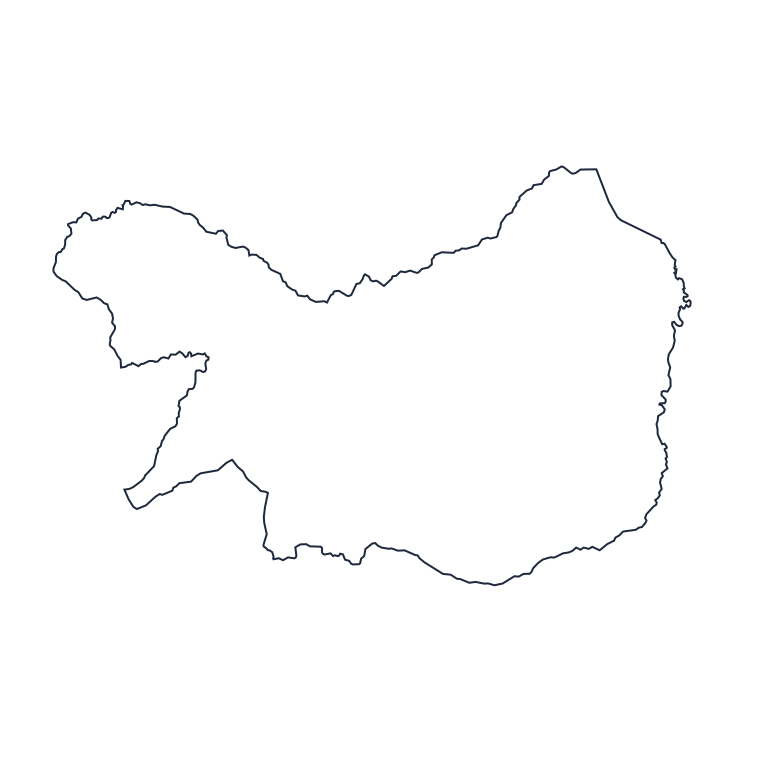 outline of Pangua, Cotopaxi, Ecuador, rotated 173°
{"feature_id": "8360857B45229230453028", "entity_name": "Pangua", "entity_type": "district", "adm_level": 2, "iso_a3": "ECU", "parent_name": "Ecuador", "parent_adm1": "Cotopaxi", "projection": "natural_earth1", "projection_center": [-79.148, -1.101], "detail": "fine", "context": "isolated", "style": "outline", "palette": "slate", "viewbox_px": 768, "rotation_deg": 173, "n_neighbors": 0, "source": "geoboundaries", "source_scale": "gbopen_adm2", "svg_char_len": 6100}
<svg xmlns="http://www.w3.org/2000/svg" viewBox="0 0 768 768"><g transform="rotate(173 384 384)"><path d="M694.8,545.0L698.0,539.0L698.3,535.7L695.7,531.0L691.1,526.8L687.5,524.7L679.5,515.0L676.2,512.4L673.0,505.6L668.8,503.7L658.6,504.9L654.8,501.9L651.9,498.2L648.9,496.8L647.9,491.6L645.3,486.9L645.0,482.2L646.4,478.0L643.9,474.0L644.5,471.0L650.0,463.7L650.2,460.7L651.4,457.0L651.0,455.1L647.5,451.2L645.1,444.6L642.5,440.0L643.0,432.4L638.4,432.6L635.6,434.1L632.6,434.3L631.4,435.6L625.5,431.6L622.7,433.5L620.8,433.3L614.1,435.5L609.7,434.7L608.6,433.8L605.7,434.0L602.3,436.8L599.3,437.4L594.8,435.6L592.0,439.3L587.3,438.5L583.0,441.1L580.4,438.9L577.8,434.8L575.5,435.8L574.1,438.9L572.8,439.2L571.8,437.6L571.8,435.0L564.9,436.9L560.1,435.4L558.2,436.2L556.8,433.0L554.9,431.9L555.3,429.6L557.4,428.9L558.9,425.9L558.7,420.3L560.1,418.3L561.9,417.9L565.2,420.0L568.7,420.1L569.7,418.1L571.0,408.4L573.0,403.9L574.6,402.5L578.3,402.7L579.9,400.5L581.0,396.7L589.1,392.3L590.6,387.1L589.5,385.9L589.6,383.9L591.3,380.1L591.5,376.8L593.8,375.3L594.3,369.8L596.2,367.5L601.8,365.5L608.1,359.2L609.7,355.8L611.2,354.7L613.3,349.4L616.5,347.3L616.6,344.5L618.6,341.2L622.2,330.5L632.4,322.2L633.5,320.0L636.2,317.6L645.5,312.2L649.5,310.9L654.5,310.8L651.5,300.6L647.7,292.6L644.5,290.0L635.0,292.6L624.4,300.1L620.0,302.1L617.5,301.0L607.1,303.9L605.7,306.8L602.8,307.7L599.2,310.5L587.4,310.6L581.4,315.6L576.9,317.7L559.4,318.6L550.1,324.9L544.0,327.3L539.3,319.5L534.6,314.4L532.3,308.3L530.0,304.9L522.8,297.5L519.4,292.8L515.3,291.7L512.5,290.1L517.1,276.4L519.5,266.6L519.8,260.9L518.7,249.2L523.4,238.6L522.9,237.0L520.6,235.1L519.8,233.4L517.5,232.6L515.4,230.6L514.6,226.0L515.3,224.4L515.0,223.5L509.7,223.9L505.7,221.4L500.4,223.6L494.1,221.9L492.8,222.5L491.9,224.3L491.9,232.7L486.6,235.0L480.7,234.5L477.3,231.9L466.5,230.2L465.5,228.7L466.0,224.3L465.5,223.1L463.8,222.0L457.7,222.4L455.6,219.5L453.5,220.0L451.0,218.8L449.5,219.1L448.2,220.9L445.5,219.9L444.1,214.4L440.1,212.7L438.5,209.6L437.0,208.7L430.6,208.2L429.5,209.0L428.0,213.4L424.6,215.7L422.6,222.4L415.3,227.0L412.1,227.2L409.8,224.3L406.1,221.8L399.0,219.8L396.5,219.9L390.6,216.9L383.9,216.4L373.6,210.3L371.6,209.9L369.8,206.5L365.4,201.9L348.6,188.3L341.0,186.6L335.4,181.8L332.3,181.2L323.5,176.3L317.3,176.4L308.6,173.6L305.1,173.4L298.8,170.8L290.6,171.5L278.0,177.3L273.8,176.4L268.7,178.5L262.5,177.9L260.4,179.6L258.5,182.9L252.7,187.7L247.5,190.5L240.0,191.7L236.0,191.0L227.0,194.1L221.2,194.3L217.3,195.4L213.2,198.2L209.2,195.6L205.7,197.3L200.9,195.4L197.1,197.0L190.2,192.7L181.9,197.9L174.7,200.5L173.1,203.3L168.8,205.1L164.8,208.4L152.0,208.6L148.4,210.4L145.5,210.6L141.6,214.2L140.1,216.4L141.2,219.2L139.4,222.7L131.8,229.3L128.4,231.1L127.8,233.1L128.9,235.7L126.2,237.2L123.8,239.9L124.2,242.7L121.2,246.0L122.0,252.7L120.9,256.0L118.5,258.4L119.2,261.7L112.9,265.7L114.0,269.9L112.7,272.2L113.6,275.7L112.1,277.0L112.1,277.9L112.2,281.3L113.4,284.0L113.3,285.2L111.3,286.0L111.0,287.0L112.8,290.5L115.2,290.3L117.7,297.9L118.5,301.1L118.0,305.6L118.4,311.1L116.8,314.3L115.9,318.7L109.7,321.8L108.4,324.6L110.8,328.9L113.2,330.1L112.6,331.1L107.6,330.8L106.5,332.4L106.4,334.4L110.0,339.2L109.3,342.3L107.7,343.0L103.5,341.9L99.8,346.7L99.1,353.9L100.6,358.2L97.9,365.6L99.2,371.3L99.1,374.1L97.7,378.8L92.7,384.9L90.2,391.4L90.4,396.5L88.6,401.7L90.8,407.3L90.4,410.1L88.5,410.4L86.5,407.1L84.1,405.5L81.8,405.6L80.2,407.7L80.2,409.3L82.3,412.1L83.3,416.2L82.9,419.0L81.1,421.9L81.2,424.1L79.6,424.9L77.7,422.3L76.8,422.3L74.3,425.6L72.5,423.4L70.7,424.2L69.9,426.3L69.7,428.7L71.0,430.0L73.9,428.5L76.0,429.9L76.5,432.1L75.7,434.0L73.1,433.6L71.8,434.4L72.0,435.4L75.3,438.5L75.0,440.4L75.7,441.6L73.9,442.3L74.5,444.1L74.2,447.9L75.4,451.6L78.2,453.1L79.6,452.0L81.4,454.2L81.4,457.0L82.2,458.7L81.2,458.7L81.1,459.7L80.5,459.1L79.6,462.3L81.5,463.0L81.7,464.0L80.3,465.1L81.0,466.7L79.6,471.4L82.2,474.4L84.4,478.8L88.3,488.7L89.4,489.8L91.3,490.1L91.8,493.6L128.8,517.6L131.9,521.0L138.6,537.3L147.1,571.2L162.8,572.9L168.1,570.1L170.4,569.7L172.3,570.3L179.2,577.3L181.3,578.3L186.8,575.9L193.1,575.1L194.4,573.8L195.0,570.4L200.1,567.4L203.1,563.4L211.4,563.1L213.2,560.1L218.9,558.6L226.2,553.5L226.9,552.8L227.0,550.6L230.5,547.5L231.3,545.2L234.2,542.1L235.9,538.8L242.0,536.6L248.3,529.5L249.6,524.6L251.3,522.5L253.4,517.1L254.4,516.2L260.5,515.4L263.4,516.6L269.2,515.5L273.6,510.2L285.8,508.2L290.4,509.0L293.4,507.4L296.6,507.6L298.8,505.7L310.6,507.7L318.2,505.6L319.1,503.7L321.4,501.7L322.0,496.8L325.9,494.2L332.3,493.6L336.4,490.4L338.2,490.4L344.3,493.4L349.2,492.4L353.8,493.7L358.8,489.9L362.4,489.9L363.6,487.5L372.1,481.3L377.6,486.5L379.3,487.5L382.6,487.2L384.7,488.8L385.9,492.5L389.5,495.1L390.6,494.4L392.5,490.6L395.8,486.9L399.1,486.7L405.6,476.4L408.0,475.6L410.0,476.1L417.3,481.9L421.2,482.1L422.7,481.5L423.6,479.6L426.0,478.6L430.7,471.8L433.0,473.4L441.7,473.8L447.1,477.1L449.4,481.0L452.1,480.6L458.6,482.4L460.5,487.4L463.6,488.9L468.1,492.9L469.2,496.8L471.8,498.4L473.5,505.9L481.8,511.0L484.2,513.9L484.0,516.0L484.9,518.3L488.6,521.0L488.8,522.8L492.1,524.6L494.8,527.7L499.8,528.6L502.0,527.9L502.2,533.5L505.0,536.4L507.3,537.6L514.7,537.1L518.8,538.8L521.6,541.1L522.5,548.4L521.8,551.0L525.3,556.0L530.1,556.0L532.5,553.6L541.8,556.8L544.4,561.1L547.6,564.5L548.9,567.2L549.0,569.8L552.9,574.5L555.7,576.4L561.7,577.5L574.8,585.8L582.3,587.1L590.0,589.9L594.2,589.8L599.2,591.5L601.6,591.0L604.0,593.1L607.6,594.5L612.6,592.8L613.9,593.8L614.5,596.7L618.4,597.2L620.7,593.6L621.8,593.3L621.4,591.4L622.0,589.2L627.0,591.3L628.9,589.1L629.1,587.3L630.6,586.7L632.3,587.8L633.8,587.3L636.2,582.7L637.0,582.5L638.9,582.4L640.1,584.0L642.8,584.4L644.3,582.5L647.3,583.1L648.7,581.7L653.7,581.9L654.5,583.0L654.2,585.0L655.6,587.8L659.5,590.5L662.1,589.6L663.9,586.8L667.6,585.4L669.7,581.9L672.8,582.5L677.9,581.3L678.3,580.0L675.9,576.5L675.9,571.3L678.1,569.2L680.5,568.6L682.9,565.7L683.5,561.2L685.2,557.5L686.7,557.1L688.8,554.4L690.7,554.5L692.9,552.9L694.0,550.5L694.8,545.0Z" fill="none" stroke="#1e293b" stroke-width="2"/></g></svg>